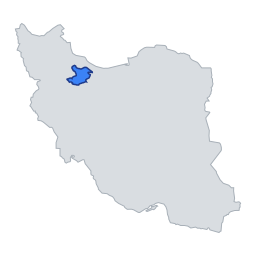 Qazvin on a map of Iran (Natural Earth projection)
{"feature_id": "IRN-3235", "entity_name": "Qazvin", "entity_type": "Province", "adm_level": 1, "iso_a3": "IRN", "parent_name": "Iran", "parent_adm1": "", "projection": "natural_earth1", "projection_center": [49.608, 36.125], "detail": "fine", "context": "in_parent", "style": "filled", "palette": "blue", "viewbox_px": 256, "rotation_deg": 0, "n_neighbors": 0, "source": "natural_earth", "source_scale": "10m", "svg_char_len": 4443}
<svg xmlns="http://www.w3.org/2000/svg" viewBox="0 0 256 256"><path d="M127.9,57.9L131.0,58.1L136.8,56.1L137.3,55.7L139.0,51.7L141.0,50.0L144.4,47.8L146.7,47.2L154.6,47.4L155.1,45.9L156.5,45.0L165.0,45.5L166.4,46.7L167.0,49.0L174.2,51.0L175.6,51.7L177.4,53.3L178.9,53.8L180.7,53.0L181.9,53.5L183.7,53.1L189.4,55.5L190.2,58.0L191.2,59.2L192.5,60.2L197.0,62.2L198.3,63.3L201.7,67.9L210.6,67.9L211.2,68.9L211.2,70.9L211.9,75.6L211.3,77.3L212.5,78.9L212.5,81.9L213.0,83.9L212.1,86.8L211.1,87.4L211.7,89.9L210.9,92.4L211.0,93.3L209.7,95.4L209.6,96.2L207.1,98.1L209.1,101.0L206.2,101.1L204.5,104.2L205.1,107.8L204.7,109.6L205.0,110.7L205.8,111.4L209.6,112.1L209.8,112.6L205.8,117.8L206.1,119.8L209.3,130.5L209.0,135.8L209.5,141.2L219.4,142.9L220.5,144.2L221.3,147.3L221.4,149.6L221.1,150.7L210.5,164.6L216.3,171.5L216.5,173.1L220.1,179.8L223.3,183.3L228.8,185.2L231.4,187.8L233.7,187.7L233.6,191.1L234.6,198.3L234.0,201.6L236.0,202.3L238.9,201.8L240.0,202.5L240.6,203.6L239.9,204.3L240.1,207.1L239.4,207.7L239.1,210.4L234.7,210.5L230.6,211.7L229.2,212.7L228.3,214.6L227.0,214.4L226.6,215.2L223.7,216.5L222.8,221.9L221.7,223.2L221.0,231.1L220.4,231.2L219.0,232.5L210.0,229.9L209.1,228.1L208.2,227.7L206.9,229.5L202.4,228.5L200.9,228.8L199.9,228.2L197.5,228.2L195.6,227.1L190.8,228.0L187.8,226.1L184.6,225.5L180.7,225.5L177.5,224.1L175.9,224.6L175.1,223.6L170.4,222.7L168.8,219.2L168.7,217.4L167.5,214.4L167.0,210.0L165.9,206.8L163.9,204.1L158.4,202.6L155.6,203.4L153.6,204.9L150.1,205.7L147.5,208.7L146.0,208.5L139.7,212.5L138.3,212.4L133.6,209.8L131.5,209.2L127.2,209.3L124.8,207.5L124.2,206.2L118.6,203.4L115.1,200.8L114.0,198.4L112.5,196.6L109.2,195.2L107.2,193.7L102.0,193.1L98.4,189.3L98.3,188.0L96.2,183.8L95.8,180.8L95.3,180.0L93.5,178.7L93.2,177.9L93.6,176.0L91.2,174.8L90.9,173.8L90.9,170.9L85.2,163.7L84.1,159.8L83.0,159.6L78.0,162.2L76.6,160.7L72.2,158.2L71.6,157.3L72.7,156.8L73.8,157.2L74.4,156.7L74.2,155.8L73.1,155.3L71.6,155.4L72.0,156.2L70.6,156.9L70.3,157.9L70.6,160.9L70.0,161.7L67.7,162.2L66.2,163.1L64.9,162.1L64.5,159.9L63.7,158.5L62.5,158.0L61.5,156.6L60.0,155.9L60.0,148.5L56.1,148.3L56.1,142.6L57.9,137.0L54.2,131.9L52.6,128.0L51.6,127.3L49.7,127.4L43.3,122.1L41.1,120.8L38.0,120.4L37.7,118.5L38.5,116.5L37.0,113.8L36.6,113.1L35.3,112.8L35.4,111.1L33.8,111.2L30.8,106.6L29.9,105.9L31.6,102.4L30.5,99.6L31.2,97.2L32.8,97.3L33.3,94.1L36.1,90.9L38.6,89.4L38.9,88.5L38.4,86.7L36.8,84.5L37.1,82.6L37.6,81.7L40.2,80.7L40.3,80.2L39.1,79.6L34.6,79.6L32.2,77.3L29.9,76.8L28.5,71.9L28.2,71.4L27.1,71.2L26.4,70.3L26.1,67.1L24.5,65.6L23.3,60.9L23.2,59.7L23.6,58.7L21.1,56.6L20.9,53.4L21.4,52.7L18.5,50.4L17.2,50.3L17.1,49.9L19.1,45.0L19.9,43.8L18.2,43.1L18.3,40.7L17.8,38.6L18.0,36.7L16.9,35.3L16.6,34.5L17.1,32.3L16.0,31.3L15.4,29.0L19.5,28.4L20.3,24.9L21.8,23.5L24.4,25.2L28.0,30.8L30.2,32.4L31.8,34.3L39.6,36.2L41.3,35.6L44.0,35.7L47.4,32.3L48.9,31.8L52.9,28.4L57.9,25.2L60.4,24.7L64.1,28.7L62.0,30.0L61.6,31.0L61.8,31.9L63.5,33.0L63.7,34.1L63.1,34.7L61.0,35.3L60.3,36.5L62.7,38.3L63.8,39.9L65.1,40.3L67.1,42.7L70.2,42.4L70.9,48.4L72.6,53.3L76.0,55.4L84.6,57.0L85.6,58.0L87.0,60.7L89.2,62.6L96.0,66.4L103.3,68.3L108.2,68.2L126.3,63.8L128.0,63.8L125.3,64.9L126.3,65.4L128.6,65.4L129.1,64.9L129.2,64.2L127.9,57.9ZM156.5,206.5L155.4,208.3L153.8,209.7L152.5,209.3L147.5,211.4L146.2,211.2L146.0,210.6L151.5,208.1L151.8,207.5L151.4,206.2L153.2,206.7L155.2,205.7L156.8,205.4L157.6,206.1L156.5,206.5Z" fill="#d9dde1" stroke="#a8b0b8" stroke-width="1"/><path d="M74.5,65.4L75.6,66.0L75.8,66.7L76.4,67.5L77.1,68.1L78.7,68.6L79.3,68.6L79.6,68.6L79.9,68.8L80.9,69.0L81.5,68.9L83.6,67.8L83.9,67.7L84.1,67.5L85.1,67.3L86.6,67.5L89.7,70.0L90.3,70.4L92.2,71.8L92.3,72.2L92.3,72.5L89.6,72.2L88.3,72.3L88.0,72.8L88.6,73.6L89.0,74.0L89.8,74.2L90.3,74.7L90.0,75.9L89.4,77.0L89.3,77.6L88.9,78.0L86.6,79.1L85.9,79.7L85.8,80.3L85.9,80.7L86.2,81.4L86.4,81.8L86.1,81.7L85.4,81.8L83.4,82.7L82.8,82.7L82.2,82.9L81.6,83.2L79.6,83.8L79.1,84.2L78.7,85.0L76.7,85.0L76.4,84.8L74.8,84.4L74.5,84.5L73.0,84.2L72.2,83.6L72.6,83.1L72.1,82.5L71.2,82.0L69.9,82.0L69.4,82.2L68.5,80.9L67.1,79.6L67.0,79.2L67.3,79.0L67.6,78.9L68.1,78.9L68.6,78.8L69.2,78.3L70.2,78.1L71.0,78.1L72.0,78.6L72.0,78.4L72.1,77.9L72.8,77.1L74.0,76.4L76.0,75.8L76.3,75.5L76.1,73.9L75.9,73.4L75.5,72.8L75.3,72.1L75.1,71.7L74.8,71.5L74.6,71.3L74.4,71.1L74.0,71.1L73.5,70.8L73.1,70.3L72.7,69.3L72.1,68.6L71.9,67.7L72.3,66.6L73.6,65.8L74.5,65.4Z" fill="#3b82f6" stroke="#1e3a8a" stroke-width="1.5"/></svg>